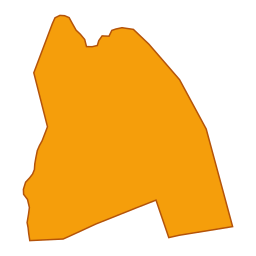 the district of Boa Ventura, Paraíba, Brazil
{"feature_id": "56859067B42208765231208", "entity_name": "Boa Ventura", "entity_type": "district", "adm_level": 2, "iso_a3": "BRA", "parent_name": "Brazil", "parent_adm1": "Paraíba", "projection": "equal_earth", "projection_center": [-38.216, -7.424], "detail": "fine", "context": "isolated", "style": "filled", "palette": "amber", "viewbox_px": 256, "rotation_deg": 0, "n_neighbors": 0, "source": "geoboundaries", "source_scale": "gbopen_adm2", "svg_char_len": 696}
<svg xmlns="http://www.w3.org/2000/svg" viewBox="0 0 256 256"><path d="M179.5,79.6L148.9,44.2L133.4,29.4L128.1,28.6L122.0,27.7L115.9,29.0L111.8,30.4L109.0,36.2L102.1,35.9L98.8,40.6L97.3,45.5L92.2,46.7L86.5,46.6L84.7,39.5L80.4,34.3L76.1,30.2L72.1,23.1L69.1,17.6L64.6,15.7L59.9,15.4L55.0,17.8L52.4,23.6L33.8,72.8L47.5,126.8L42.1,140.8L39.5,145.5L37.3,150.6L35.8,158.1L34.8,163.9L34.4,169.6L32.6,174.0L29.7,177.8L25.6,182.2L23.4,189.3L23.6,194.3L27.5,199.5L29.4,207.5L28.5,214.3L27.1,222.6L28.1,227.8L28.7,233.5L29.8,240.6L63.2,239.0L70.1,235.9L95.9,224.0L135.9,208.0L156.0,200.1L168.8,237.6L179.5,235.2L232.6,226.6L206.2,129.0L179.5,79.6Z" fill="#f59e0b" stroke="#b45309" stroke-width="1.5"/></svg>